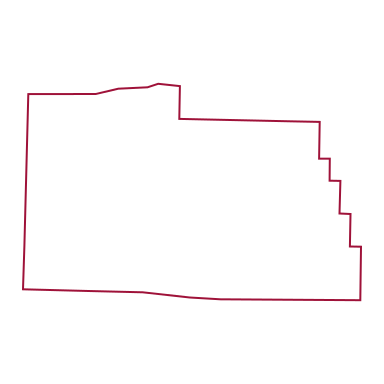 outline of Carter, Missouri, United States of America
{"feature_id": "52423323B98305313857375", "entity_name": "Carter", "entity_type": "district", "adm_level": 2, "iso_a3": "USA", "parent_name": "United States of America", "parent_adm1": "Missouri", "projection": "albers", "projection_center": [-90.88, 36.956], "detail": "fine", "context": "isolated", "style": "outline", "palette": "rose", "viewbox_px": 384, "rotation_deg": 0, "n_neighbors": 0, "source": "geoboundaries", "source_scale": "gbopen_adm2", "svg_char_len": 428}
<svg xmlns="http://www.w3.org/2000/svg" viewBox="0 0 384 384"><path d="M360.3,300.2L361.0,246.7L349.9,246.5L350.5,214.0L339.5,213.5L340.4,180.9L329.6,180.7L329.7,169.4L329.8,158.7L319.1,158.7L319.7,121.9L289.9,121.3L179.3,118.9L179.9,86.1L158.2,83.8L147.5,87.3L118.3,88.7L95.7,94.0L28.3,94.1L24.4,245.7L23.0,289.3L88.4,291.0L142.7,292.3L189.8,297.5L220.4,299.3L360.3,300.2Z" fill="none" stroke="#9f1239" stroke-width="2"/></svg>